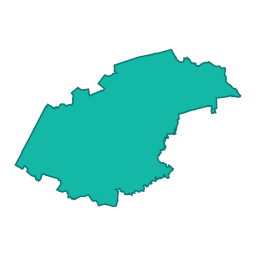 Thanh Tri, Sóc Trăng, Vietnam
{"feature_id": "81297802B36147607104720", "entity_name": "Thanh Tri", "entity_type": "district", "adm_level": 2, "iso_a3": "VNM", "parent_name": "Vietnam", "parent_adm1": "Sóc Trăng", "projection": "mercator", "projection_center": [105.741, 9.467], "detail": "fine", "context": "isolated", "style": "filled", "palette": "teal", "viewbox_px": 256, "rotation_deg": 0, "n_neighbors": 0, "source": "geoboundaries", "source_scale": "gbopen_adm2", "svg_char_len": 5838}
<svg xmlns="http://www.w3.org/2000/svg" viewBox="0 0 256 256"><path d="M114.2,65.3L114.7,68.4L114.3,70.6L114.6,71.2L115.5,71.8L116.2,72.6L115.9,72.5L115.6,72.5L114.0,73.7L112.7,73.8L111.8,75.0L111.2,75.5L110.9,75.7L109.6,75.8L109.1,76.2L108.5,76.4L107.6,76.4L106.7,75.6L104.7,75.1L98.3,83.6L104.6,88.5L102.4,91.3L101.5,90.5L101.4,90.6L89.4,95.7L88.5,89.2L81.7,90.2L77.8,87.6L71.4,93.1L73.2,94.9L73.3,96.4L72.7,99.2L72.7,100.2L73.0,100.6L72.9,102.6L73.1,103.0L72.3,103.5L72.2,104.5L71.4,105.2L70.4,104.8L68.9,104.8L66.4,105.9L66.1,105.4L65.2,105.4L64.0,104.1L62.8,104.1L62.1,104.5L61.5,104.1L61.2,104.0L60.6,104.5L57.8,107.9L56.2,106.7L55.9,107.1L55.7,107.7L55.3,107.6L55.0,108.4L54.2,108.0L53.9,108.4L52.6,107.7L52.8,107.4L47.7,104.4L46.6,106.7L45.9,106.4L39.5,118.7L37.8,122.2L33.9,129.4L29.7,137.7L22.6,150.8L21.1,154.7L17.9,160.3L15.4,165.0L17.7,166.3L22.5,169.1L24.6,165.7L25.0,166.0L26.2,167.4L27.7,168.6L26.9,171.6L27.1,171.9L29.2,173.5L30.9,175.1L32.4,175.9L33.3,176.1L34.8,176.2L35.6,178.4L36.4,180.0L37.8,179.6L38.4,181.0L40.4,179.4L41.1,178.0L41.3,176.6L42.3,174.2L42.6,173.9L43.8,174.3L44.0,174.2L45.9,175.1L47.7,175.5L51.0,176.6L58.6,178.7L58.4,180.1L60.8,180.8L60.4,182.2L60.8,183.5L60.6,184.7L60.4,185.4L59.9,185.5L56.9,189.9L58.1,189.9L58.7,190.9L60.7,191.3L61.0,191.4L61.1,191.7L61.5,191.9L63.4,191.8L64.9,191.0L66.2,190.8L67.2,192.5L67.4,193.1L68.1,193.2L68.4,193.5L68.2,197.6L70.5,197.1L71.7,198.9L72.7,198.5L73.0,198.9L73.4,198.7L73.7,199.5L76.5,198.5L76.2,198.0L77.3,197.7L80.4,196.4L81.3,196.3L84.1,196.4L85.4,195.9L85.9,196.0L88.3,194.8L92.1,200.5L93.5,201.1L94.1,201.2L96.3,200.3L98.3,204.8L98.8,205.7L104.3,204.1L104.6,204.3L106.2,204.3L107.4,204.9L109.0,204.9L112.0,206.1L114.2,206.3L115.4,205.9L116.1,205.9L116.4,205.3L117.3,200.9L117.6,200.9L117.8,200.6L117.6,199.3L117.7,194.6L118.5,191.5L115.9,189.6L119.9,188.7L119.9,189.4L121.1,191.5L121.8,191.9L122.7,191.6L123.1,191.6L124.0,192.0L124.3,192.6L124.5,193.6L124.8,194.1L125.5,194.5L129.0,194.3L129.2,193.5L131.8,195.2L132.5,192.8L134.7,193.0L134.6,192.1L134.7,191.7L135.9,190.5L137.4,191.2L137.8,191.7L139.0,192.0L139.6,191.7L140.5,190.6L141.7,190.7L142.3,190.9L143.3,191.1L143.9,190.9L143.9,190.5L143.7,189.6L144.1,188.6L144.1,187.6L144.0,186.9L143.4,185.9L143.3,185.3L144.6,185.3L145.3,185.0L145.6,185.0L145.9,185.3L146.0,186.2L146.4,186.6L146.7,186.7L147.5,186.5L148.0,186.0L148.5,184.6L149.3,183.8L149.8,183.7L151.0,183.8L151.5,183.7L151.8,183.4L151.8,183.1L150.9,182.7L150.8,182.4L150.8,181.6L151.0,181.3L151.8,181.3L153.1,180.4L154.9,181.1L155.6,181.2L155.9,181.0L156.3,180.0L156.3,179.6L155.7,178.7L155.2,178.1L155.1,177.8L155.3,177.5L155.8,177.2L156.0,177.1L156.2,178.1L157.5,179.3L158.4,179.0L158.7,178.9L158.9,178.5L158.9,177.9L159.7,177.4L160.1,177.6L160.3,178.2L160.7,178.5L161.0,178.5L162.1,177.6L162.5,177.5L163.2,177.0L164.1,176.8L164.2,176.3L163.8,175.6L163.8,175.2L163.9,174.9L164.2,174.7L164.8,175.0L165.2,176.3L165.7,177.0L166.1,177.3L167.8,178.2L168.4,178.1L168.7,177.8L169.0,177.3L168.7,176.2L168.4,175.4L168.4,174.6L168.6,174.3L169.5,173.7L169.8,172.5L170.7,171.4L172.1,170.7L172.6,170.2L173.2,168.9L172.0,168.3L171.3,166.9L170.3,166.5L169.0,165.2L168.6,165.2L168.4,165.5L168.3,166.7L168.1,167.1L167.7,167.3L167.0,167.4L166.4,166.7L166.2,164.7L165.7,164.0L164.4,164.1L164.2,163.9L163.6,162.8L163.3,162.7L162.9,162.7L162.0,163.0L161.1,163.0L160.5,162.5L159.8,161.6L159.0,161.4L158.5,160.6L158.0,159.0L157.6,158.0L157.5,157.2L157.6,155.9L159.2,155.5L159.0,154.1L160.2,153.8L160.2,152.9L160.9,152.8L160.3,150.6L161.9,150.4L161.7,149.7L162.8,149.5L162.8,149.4L163.8,149.3L164.0,149.6L164.8,149.5L165.0,147.5L165.6,147.4L165.5,146.2L164.4,146.3L164.3,145.2L164.7,145.3L164.5,143.4L164.0,143.4L163.8,140.9L165.3,140.9L165.3,139.3L164.6,137.8L166.3,136.9L166.5,138.2L168.3,138.0L167.9,136.4L167.5,136.4L167.2,134.2L171.8,133.9L172.0,133.9L172.0,133.3L173.5,133.1L173.7,134.4L175.7,133.7L175.1,131.9L174.7,131.8L174.6,131.2L174.8,131.0L176.1,130.6L175.9,130.0L174.5,130.0L174.5,129.4L175.9,129.2L176.1,129.1L176.3,128.6L175.7,128.3L175.7,127.8L176.6,127.7L176.5,126.7L176.8,126.3L177.0,125.3L177.4,124.9L178.0,121.6L177.5,121.5L177.6,119.6L178.5,119.5L178.6,118.8L179.0,118.8L178.7,113.9L180.3,113.7L185.4,112.3L188.5,111.1L190.8,110.4L190.8,110.1L194.3,109.6L195.9,109.5L195.8,109.0L207.1,106.3L207.9,106.0L207.9,105.7L208.4,105.7L208.6,106.2L210.9,106.0L211.0,106.5L211.6,106.4L212.0,109.4L211.2,109.9L211.8,113.2L215.7,112.6L214.5,108.9L216.6,108.4L216.5,106.3L216.5,102.2L216.3,98.2L219.0,97.6L224.9,97.0L228.1,96.4L231.7,95.5L231.8,95.5L232.1,96.6L233.2,96.3L234.0,96.3L234.6,96.0L235.8,96.8L237.3,96.8L238.0,97.0L239.5,96.9L239.9,96.7L240.2,96.5L240.6,95.7L238.9,94.2L238.2,93.4L237.1,90.7L236.5,89.8L236.1,89.4L235.3,88.8L232.9,88.1L232.1,87.3L230.3,85.1L227.7,83.7L226.8,82.8L226.5,82.2L226.0,81.0L226.1,78.2L226.0,77.1L225.7,76.2L224.7,74.7L224.5,74.0L224.6,73.3L225.4,69.9L225.3,68.5L224.8,68.0L224.1,67.8L222.8,68.3L221.9,68.3L221.2,68.0L219.9,66.5L219.1,66.1L218.1,66.2L216.7,66.5L215.1,66.3L213.6,65.4L211.2,63.5L208.6,61.8L208.1,62.5L207.7,62.7L206.4,62.4L205.8,62.6L205.0,62.6L203.3,63.0L202.2,63.8L201.2,64.1L199.3,65.8L198.5,66.0L198.3,66.2L197.5,66.0L197.0,65.5L196.4,65.8L195.7,64.6L195.6,63.2L195.4,63.1L194.6,63.7L194.2,63.8L193.8,63.7L193.3,63.1L192.9,62.9L191.7,63.0L191.3,62.9L190.9,62.4L190.6,61.0L189.7,60.1L188.9,58.9L188.4,58.8L188.2,59.4L188.0,59.5L187.9,59.4L187.6,58.7L187.5,58.0L187.1,57.4L186.8,57.7L186.5,58.1L186.1,58.4L184.7,58.4L184.5,58.1L184.1,58.0L184.0,58.5L184.0,60.2L183.3,61.6L182.9,61.9L181.2,62.1L180.6,62.4L180.2,61.9L179.0,61.8L178.6,61.1L177.5,60.2L176.2,58.8L176.0,58.1L176.1,57.4L175.1,56.5L174.3,55.2L173.9,54.1L173.5,53.9L171.5,49.7L171.2,49.7L157.4,53.4L156.4,53.6L154.9,53.4L154.6,53.5L154.1,53.7L153.6,54.1L138.4,57.3L114.2,65.3Z" fill="#14b8a6" stroke="#0f766e" stroke-width="1.5"/></svg>